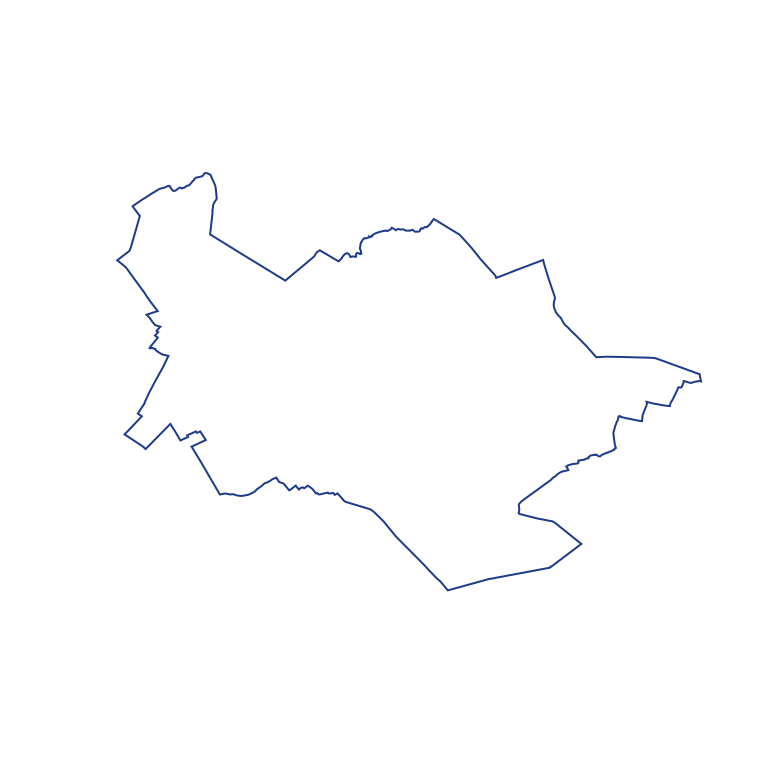 Giarmata, Timis, Romania (Natural Earth projection), rotated 20°
{"feature_id": "2599482B59348801816011", "entity_name": "Giarmata", "entity_type": "district", "adm_level": 2, "iso_a3": "ROU", "parent_name": "Romania", "parent_adm1": "Timis", "projection": "natural_earth1", "projection_center": [21.324, 45.849], "detail": "fine", "context": "isolated", "style": "outline", "palette": "blue", "viewbox_px": 768, "rotation_deg": 20, "n_neighbors": 0, "source": "geoboundaries", "source_scale": "gbopen_adm2", "svg_char_len": 6133}
<svg xmlns="http://www.w3.org/2000/svg" viewBox="0 0 768 768"><g transform="rotate(20 384 384)"><path d="M484.0,540.5L489.5,543.4L499.9,548.5L504.6,550.3L514.5,556.1L550.0,530.9L551.0,530.5L565.6,521.8L602.5,500.0L602.9,498.9L603.2,499.1L624.1,466.8L593.8,456.5L591.2,455.8L589.7,455.5L589.2,455.5L573.6,458.0L555.6,459.8L554.6,459.0L554.7,458.3L553.8,455.0L552.0,451.6L552.1,450.0L553.4,447.2L555.1,444.5L573.5,417.3L574.7,414.5L576.2,412.6L578.4,408.7L579.9,406.7L580.9,405.7L584.0,403.6L586.6,402.0L586.1,401.3L585.0,400.2L583.5,399.2L584.4,398.2L584.6,397.7L585.0,397.3L588.3,394.9L589.5,394.2L590.4,394.0L591.7,393.0L593.0,392.6L593.6,391.8L593.6,391.5L593.6,391.1L593.1,390.4L593.1,389.5L593.0,389.4L594.5,388.7L595.2,388.0L596.3,387.7L597.2,387.0L598.0,386.7L598.4,386.0L599.1,385.7L600.2,384.5L601.3,384.1L601.5,383.7L601.1,383.1L601.2,382.9L601.6,382.7L601.7,382.4L601.9,381.7L602.3,380.8L604.9,379.1L605.4,379.1L605.8,378.6L606.9,378.4L607.4,377.8L607.7,377.7L608.5,378.1L610.2,378.5L611.1,378.4L611.9,378.0L612.8,376.4L613.6,375.4L616.0,373.3L616.7,372.4L617.3,372.1L617.7,372.1L617.9,371.9L618.9,370.6L619.5,370.1L620.5,369.5L621.9,367.7L622.9,366.9L622.7,366.3L622.8,365.9L623.1,365.5L623.6,365.2L623.8,365.0L623.8,364.8L623.0,364.1L623.0,363.9L622.6,363.2L621.4,361.6L616.5,352.1L616.1,350.6L615.9,346.9L615.6,344.6L615.7,342.0L615.6,340.0L616.0,338.6L616.0,337.1L615.7,336.0L615.6,334.9L615.6,334.3L615.8,333.8L616.1,333.6L616.8,333.6L617.6,333.6L617.6,333.9L622.1,333.5L625.0,333.0L637.2,331.2L639.2,330.6L638.7,328.7L637.8,325.6L637.7,323.9L637.8,318.4L637.9,318.1L637.9,317.0L638.0,314.8L638.0,313.6L637.6,312.2L636.8,310.9L644.9,310.1L646.6,309.7L651.8,308.9L659.0,307.4L660.1,307.0L659.9,306.7L659.8,306.0L659.9,303.1L660.6,299.7L661.2,293.5L661.4,292.8L661.7,287.2L661.8,286.4L663.5,286.0L664.7,285.5L664.9,282.9L665.0,280.4L664.6,278.7L664.9,278.6L670.2,278.3L671.6,278.2L673.2,277.3L674.6,276.1L676.6,274.8L679.2,273.5L679.8,273.1L681.0,273.1L677.1,266.7L676.4,266.9L631.6,266.9L629.8,267.0L626.5,267.9L626.0,268.0L609.0,273.7L595.4,278.2L583.9,282.2L574.2,286.2L561.4,279.2L546.8,272.3L542.3,270.4L538.0,268.2L533.9,266.6L532.1,265.4L527.5,261.4L524.7,260.1L521.5,258.2L519.5,256.2L518.0,254.4L516.9,252.7L516.3,251.2L515.7,249.0L515.4,245.1L514.7,243.7L503.9,230.3L495.7,219.6L492.3,214.8L491.1,213.0L468.9,232.1L460.7,239.4L453.1,245.9L452.7,245.2L450.7,243.6L449.4,242.9L432.6,234.0L419.8,226.2L404.2,217.9L374.4,211.9L374.1,212.5L374.0,213.3L373.4,214.6L373.3,215.9L373.1,216.4L372.9,216.8L372.7,217.8L372.4,218.2L372.0,219.5L371.2,220.5L370.8,221.8L368.4,222.8L367.6,224.2L367.1,224.8L366.7,224.9L366.1,224.7L365.9,224.8L365.2,226.2L365.4,227.6L365.3,227.9L364.3,229.1L361.1,230.2L360.5,230.2L358.3,229.3L358.0,229.3L357.2,229.9L356.9,230.3L356.4,230.8L355.8,230.9L354.4,231.6L353.1,232.1L352.1,232.4L349.4,232.1L348.5,232.3L346.2,233.4L344.6,233.4L343.7,233.9L342.9,234.9L342.7,235.4L340.5,234.9L337.9,234.5L337.8,235.4L337.4,236.3L337.0,236.9L334.9,239.0L334.4,239.3L334.1,239.3L333.6,239.4L333.1,239.2L332.3,239.7L329.0,241.8L326.7,243.4L324.0,245.8L322.8,247.3L321.8,248.8L322.3,249.2L322.2,249.4L320.0,251.2L319.4,250.6L319.2,251.5L318.0,252.8L316.4,253.7L316.0,253.5L315.4,253.9L314.5,256.4L314.3,258.1L314.2,258.4L314.0,258.6L314.3,259.3L314.0,260.0L314.0,260.3L314.7,262.8L314.7,263.9L314.9,264.7L315.3,265.3L316.7,266.7L317.0,267.1L317.1,267.8L317.8,268.6L318.0,269.0L318.1,269.3L317.5,269.9L316.8,270.1L316.7,269.9L316.4,269.9L315.3,269.8L314.4,269.9L313.7,270.3L313.4,271.2L313.4,271.6L313.4,272.0L313.9,272.7L314.1,274.0L312.8,274.5L310.8,274.8L310.3,275.2L309.7,275.8L309.1,276.1L308.7,275.8L306.7,274.0L305.8,273.7L304.6,273.7L304.2,274.0L302.8,275.3L302.4,276.1L302.1,277.2L301.5,278.5L301.2,280.4L300.6,281.6L299.7,284.0L299.3,284.3L278.0,280.3L276.9,281.7L275.7,283.4L274.8,287.7L273.7,289.9L255.9,320.6L205.5,310.4L169.4,302.9L164.5,282.4L163.4,279.5L163.0,277.0L162.3,274.9L162.3,272.4L162.8,269.7L163.3,268.1L163.4,267.3L163.3,266.7L159.6,259.0L158.0,256.0L157.0,254.7L149.2,246.6L148.5,246.7L146.0,246.4L145.6,246.4L144.6,246.7L143.4,247.3L143.1,247.9L142.7,249.8L142.2,250.8L139.4,252.8L137.5,253.9L135.8,255.7L135.7,256.2L135.8,256.5L135.7,257.1L134.9,258.7L133.5,262.6L132.9,263.9L130.9,265.3L129.0,268.1L127.7,268.5L126.9,269.5L126.3,269.3L125.4,269.2L124.9,269.4L124.0,270.4L121.9,273.6L120.2,274.6L119.5,274.5L117.3,273.3L116.3,272.3L115.9,272.2L115.2,271.5L114.2,271.3L113.5,271.7L112.9,272.1L111.0,274.2L106.6,277.2L105.5,278.3L103.1,281.5L101.0,283.9L95.7,291.0L94.2,292.8L87.2,302.5L87.0,303.1L97.1,309.6L99.4,342.0L99.2,346.1L91.0,359.0L101.1,362.5L101.9,362.9L103.9,364.2L114.2,371.2L127.1,379.8L132.4,383.8L135.6,386.0L146.4,392.9L137.2,400.1L141.2,402.0L145.5,405.1L148.8,406.9L154.2,406.7L152.1,411.6L152.1,412.0L154.0,412.5L152.2,416.8L155.6,417.8L151.6,429.3L151.5,430.5L152.0,430.5L154.0,429.3L154.4,429.3L155.6,429.6L157.0,429.2L157.5,429.8L158.0,430.3L158.5,430.5L161.5,431.3L164.5,431.9L166.3,432.0L169.2,431.6L171.8,431.4L170.8,441.3L170.9,441.6L168.0,459.9L166.2,473.1L165.4,483.3L165.6,483.9L165.5,484.6L162.8,496.0L167.5,497.2L157.5,520.1L177.2,524.8L179.6,525.5L182.2,526.7L196.9,494.6L204.9,500.8L212.0,506.7L217.9,500.9L216.5,499.7L223.5,492.9L225.0,493.9L227.5,491.4L235.7,497.6L224.6,508.7L237.3,518.8L267.6,544.0L270.9,541.9L273.0,541.0L277.0,540.5L279.0,539.5L280.4,539.1L284.2,539.0L287.9,538.1L290.3,537.0L291.6,536.1L293.1,535.3L294.6,534.3L296.6,532.4L299.7,528.8L300.0,527.7L300.5,526.5L302.5,523.7L303.5,522.3L305.8,518.1L307.8,516.5L310.1,514.0L311.6,511.7L314.8,508.8L318.9,511.9L323.5,511.9L325.1,512.7L331.2,516.3L331.8,516.0L335.8,509.7L340.1,512.3L340.6,511.2L341.0,510.8L341.3,510.0L341.6,509.8L343.4,508.9L344.4,509.3L344.9,509.1L346.9,505.9L347.1,505.7L347.4,505.6L347.7,505.8L349.0,506.0L352.2,506.9L357.5,510.1L358.5,509.3L360.3,510.1L360.8,510.0L362.0,509.3L368.3,505.3L368.9,505.7L370.3,505.5L373.6,503.8L375.7,505.0L377.8,502.7L385.2,506.7L385.2,506.9L386.9,507.6L387.9,507.8L389.8,507.8L412.6,506.5L413.8,506.5L416.3,507.0L419.3,508.1L430.5,513.2L447.5,523.3L484.0,540.5Z" fill="none" stroke="#1e3a8a" stroke-width="2"/></g></svg>